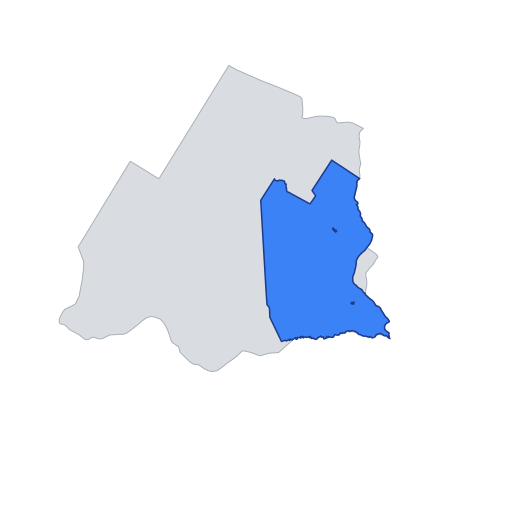 Botswana, with Central highlighted, rotated 34°
{"feature_id": "BWA-2630", "entity_name": "Central", "entity_type": "District", "adm_level": 1, "iso_a3": "BWA", "parent_name": "Botswana", "parent_adm1": "", "projection": "albers", "projection_center": [27.183, -21.474], "detail": "fine", "context": "in_parent", "style": "filled", "palette": "blue", "viewbox_px": 512, "rotation_deg": 34, "n_neighbors": 0, "source": "natural_earth", "source_scale": "10m", "svg_char_len": 7907}
<svg xmlns="http://www.w3.org/2000/svg" viewBox="0 0 512 512"><g transform="rotate(34 256 256)"><path d="M273.8,90.5L273.2,92.3L272.7,94.9L273.3,96.9L274.8,99.5L276.8,101.7L278.3,103.1L280.2,106.4L282.0,110.6L284.4,113.8L291.4,121.2L292.2,123.9L293.2,126.6L297.6,131.7L298.3,133.4L298.1,136.8L302.6,147.2L305.6,153.3L308.1,154.4L316.1,160.8L323.0,166.0L331.2,169.5L337.1,171.8L340.0,173.5L341.5,175.1L342.7,178.3L343.3,183.7L343.5,187.2L349.9,187.1L355.2,187.4L357.0,188.1L357.7,189.1L357.5,191.4L357.6,194.8L357.8,197.6L357.3,200.6L356.9,204.1L356.6,208.4L357.4,210.1L362.5,215.6L364.6,219.1L366.8,224.4L368.2,226.2L369.2,226.9L373.8,227.5L385.5,229.8L392.8,231.9L398.5,234.1L400.9,234.7L402.1,235.2L402.4,235.8L401.7,240.4L401.9,241.9L402.5,243.3L403.5,244.3L404.7,245.0L409.0,245.6L411.6,248.4L413.2,249.8L405.4,250.3L401.5,252.7L399.1,256.9L395.6,259.9L390.7,261.8L385.6,263.2L380.2,263.8L374.5,267.4L368.4,273.9L365.2,278.0L365.1,279.7L363.8,281.1L361.2,282.4L359.7,283.8L359.3,285.6L358.0,286.4L355.5,286.3L353.8,287.6L352.8,290.2L350.7,291.7L347.4,292.3L344.5,293.7L342.1,296.1L340.3,297.3L339.0,297.4L337.0,299.3L333.7,303.9L333.2,306.0L328.7,323.3L326.3,325.3L321.6,328.9L317.8,333.2L316.1,335.7L314.3,336.8L305.6,338.9L302.3,340.1L298.4,341.7L297.4,343.2L296.5,348.5L293.9,356.2L291.7,361.8L290.3,366.7L287.9,372.8L285.8,374.9L283.4,376.8L280.2,377.8L275.9,378.4L271.9,378.3L268.9,378.4L264.7,380.6L260.7,380.8L254.4,379.7L249.3,378.6L247.1,378.4L242.5,374.5L239.6,374.6L235.2,374.4L232.7,373.5L230.4,371.5L225.3,367.6L220.3,364.5L215.9,362.7L211.9,361.9L208.1,362.8L205.1,363.7L203.9,364.2L201.7,365.9L199.4,369.2L197.6,374.2L196.9,377.2L194.9,383.7L192.2,391.5L190.9,393.8L189.4,395.4L186.9,397.0L178.8,403.4L174.9,410.4L172.4,412.5L169.3,413.5L166.7,414.2L165.3,415.4L163.8,418.9L162.4,420.2L160.8,420.7L156.1,420.5L154.6,420.2L142.2,421.3L138.4,420.4L135.7,420.1L131.5,421.7L129.7,420.8L128.1,418.0L127.2,412.2L127.2,407.2L129.4,403.4L131.2,400.6L132.9,396.9L133.1,395.3L132.7,393.9L132.2,391.0L131.8,388.0L128.9,381.5L125.2,372.9L120.3,363.4L118.8,360.8L115.9,356.7L105.1,349.1L103.5,348.1L103.4,347.2L103.1,339.4L102.6,329.0L102.1,318.7L101.6,308.3L101.1,298.0L100.6,287.6L100.1,277.3L99.7,266.9L99.2,256.5L98.8,247.8L106.4,247.4L115.8,247.0L127.1,246.6L132.0,246.4L132.3,245.0L132.0,238.5L131.4,223.8L130.8,209.0L130.2,194.3L129.6,179.6L129.0,164.8L128.4,150.1L127.8,135.3L127.2,120.6L126.9,113.3L135.7,112.5L145.9,110.7L162.3,107.7L177.7,104.2L187.7,102.2L199.6,99.8L203.7,99.3L204.8,99.5L206.4,100.2L212.2,107.4L215.8,113.0L216.5,115.4L217.2,115.6L218.8,115.2L220.6,114.2L226.1,108.5L227.3,107.0L230.8,104.3L235.1,101.4L239.0,99.4L242.9,97.7L244.8,98.0L247.0,99.4L248.9,100.3L257.8,93.3L261.8,91.7L272.4,90.3L273.8,90.5Z" fill="#d9dde1" stroke="#a8b0b8" stroke-width="1"/><path d="M298.6,133.9L298.5,134.7L298.0,136.0L297.9,136.7L298.0,137.6L298.3,138.3L299.1,139.7L300.2,141.1L301.0,142.7L304.3,151.9L305.2,153.2L306.5,154.1L308.0,154.5L309.9,154.5L310.2,154.7L310.6,154.9L310.8,155.2L311.2,155.7L311.3,155.9L311.0,156.7L310.8,157.2L310.6,157.3L311.0,157.6L312.3,157.9L313.0,158.3L314.0,159.8L314.6,160.4L315.3,160.6L316.6,160.9L317.3,161.2L318.6,162.1L319.2,162.7L319.5,163.4L319.8,164.2L320.2,164.7L320.9,165.0L322.4,165.4L322.9,165.7L323.0,165.8L323.3,166.1L323.7,166.7L324.3,167.3L324.8,167.6L325.5,167.7L326.3,167.7L327.6,167.9L331.4,169.9L332.7,170.1L333.8,170.1L334.9,170.2L336.0,170.9L336.3,171.2L336.9,172.1L337.3,172.4L337.7,172.5L338.1,172.5L338.4,172.5L338.8,172.5L339.5,172.6L340.2,172.8L340.8,173.2L341.3,173.9L343.0,178.3L343.6,182.6L343.1,187.8L343.2,190.2L342.5,192.3L341.8,195.3L341.3,197.9L341.3,200.5L341.8,204.0L343.2,206.1L344.4,208.4L345.8,212.0L347.0,215.3L347.7,218.6L348.9,220.9L350.6,223.0L353.2,224.3L355.6,224.3L358.4,225.1L360.6,224.8L362.9,224.8L364.8,225.9L367.4,226.1L367.8,226.5L368.2,226.8L368.8,227.0L370.7,227.2L373.2,227.7L377.2,227.8L378.5,228.0L379.8,228.5L382.5,229.9L383.3,230.1L383.8,230.0L384.4,229.8L385.6,229.5L385.9,229.3L386.3,229.3L387.4,229.6L388.4,229.7L388.8,229.8L390.1,230.9L391.6,231.4L396.5,233.7L397.6,234.0L399.6,234.2L400.6,234.4L401.2,234.8L402.5,235.3L403.1,235.7L403.1,236.4L402.7,237.3L402.1,238.1L401.8,238.9L401.6,240.4L401.8,242.0L402.5,243.4L403.5,244.5L404.7,245.1L405.9,245.4L409.1,245.3L409.3,245.4L409.6,245.8L409.8,246.2L410.0,246.9L410.2,247.2L412.8,249.5L412.1,249.7L411.2,249.6L409.4,249.2L408.5,249.3L407.8,249.7L407.3,250.2L406.7,250.4L402.6,250.6L402.3,250.7L401.6,251.6L401.6,251.8L401.1,252.1L400.5,252.8L399.7,253.8L399.9,256.3L399.7,256.8L399.4,257.1L398.6,258.5L398.0,259.0L396.6,258.8L395.8,258.8L395.5,259.3L395.3,260.0L394.8,260.3L394.1,260.5L393.4,260.6L391.9,261.1L389.5,262.4L388.3,262.8L387.4,262.8L386.8,262.7L386.2,262.8L385.5,263.4L384.9,263.6L382.8,263.0L380.1,263.2L378.8,263.5L377.6,264.2L377.1,264.6L375.8,266.1L375.5,266.3L374.7,266.3L374.3,266.4L374.0,266.6L373.0,268.0L372.8,268.3L372.7,268.8L372.8,269.2L372.9,269.5L372.9,269.8L372.6,270.3L372.3,270.5L372.0,270.7L371.6,270.7L371.4,270.9L371.2,271.1L371.0,271.6L370.9,271.9L370.4,272.1L369.6,272.3L369.0,272.6L368.9,273.0L369.2,273.7L369.1,274.6L368.7,275.3L368.1,275.8L367.7,276.1L367.1,276.4L366.4,276.7L365.7,276.8L365.3,277.2L365.3,278.0L365.6,279.5L365.1,280.5L363.9,281.3L362.5,281.9L361.3,282.2L361.5,282.9L360.9,283.1L360.2,283.0L359.9,283.0L359.9,283.5L360.0,283.8L360.1,284.0L360.3,284.2L360.4,284.4L360.2,284.4L360.2,284.5L359.9,284.7L359.4,286.1L359.2,286.4L358.7,286.7L358.2,286.5L357.3,285.4L356.0,286.5L355.6,286.7L355.2,286.5L354.7,286.3L354.3,286.3L354.0,287.3L353.4,288.0L353.3,288.5L353.2,288.7L353.2,288.9L353.1,289.1L352.9,289.1L352.9,289.5L353.0,289.8L353.0,290.0L352.9,290.8L352.4,291.5L351.7,291.9L351.0,292.1L349.6,292.2L349.2,292.3L348.8,292.7L348.6,293.1L348.2,293.3L347.8,293.1L348.0,292.6L347.8,292.5L347.3,292.7L346.9,292.9L346.8,293.1L346.5,293.5L346.1,293.7L345.8,292.6L345.3,293.0L344.5,294.2L343.9,294.7L343.4,295.2L342.1,295.8L340.9,296.2L340.5,296.6L341.0,297.3L340.6,297.5L340.3,297.5L340.1,297.3L339.8,297.0L339.7,297.3L339.5,297.6L339.4,297.8L339.1,297.5L338.7,297.3L338.4,297.4L338.2,297.7L338.4,298.1L338.6,298.4L338.8,298.6L338.7,299.0L338.3,298.8L337.9,298.8L337.6,299.1L337.3,299.5L337.5,299.5L336.9,300.0L336.7,300.2L336.6,300.5L336.4,300.4L336.2,300.3L336.2,301.0L336.4,301.6L336.5,302.1L336.0,302.5L335.4,302.5L335.1,302.1L334.9,301.6L334.6,301.5L334.3,301.8L333.7,303.2L333.1,304.4L332.9,305.1L333.0,305.4L332.8,305.5L332.2,305.5L331.7,305.9L331.0,307.0L330.9,306.8L330.6,306.4L330.5,306.2L330.2,306.9L329.9,307.4L329.2,308.5L328.8,309.3L328.7,309.4L328.5,309.5L327.8,309.4L327.6,309.4L326.7,310.3L325.2,312.2L325.1,312.5L324.9,312.6L301.7,299.0L297.1,292.7L295.6,291.2L292.7,290.3L292.3,290.1L292.0,289.8L282.1,277.0L228.8,207.2L228.2,182.5L228.3,181.8L229.2,182.3L229.6,182.5L230.0,182.4L232.1,181.8L232.2,181.6L232.2,181.4L232.1,181.2L232.9,180.1L233.1,179.9L233.4,179.8L233.8,179.7L234.2,179.5L234.8,178.9L235.1,178.7L236.4,178.5L236.9,178.3L237.2,178.1L237.5,178.1L238.0,178.3L238.4,178.6L239.3,179.6L240.0,179.8L240.4,179.6L240.9,179.6L241.8,181.4L242.3,181.9L243.6,183.0L244.6,184.4L245.2,185.0L246.0,185.3L246.6,185.2L247.8,184.8L248.6,184.7L249.1,184.8L249.4,184.8L271.1,182.7L271.5,182.6L271.6,182.2L271.7,181.8L271.8,173.4L271.8,173.0L271.6,172.7L265.9,170.4L265.8,170.2L265.2,134.2L265.5,134.2L298.6,133.9L298.6,133.9ZM306.8,190.2L305.0,189.8L304.4,189.7L304.2,190.5L305.1,191.0L306.9,191.5L308.7,191.6L308.8,190.2L308.1,189.9L307.3,190.1L306.8,190.2ZM362.4,242.1L362.6,242.0L362.9,241.8L363.4,241.7L363.5,241.4L363.5,241.0L363.7,240.9L363.6,240.7L363.3,240.5L363.3,240.2L363.4,239.9L363.3,239.6L363.1,239.4L362.8,239.5L362.6,239.9L362.6,240.1L362.3,240.4L362.3,240.7L362.0,240.9L361.8,240.9L361.5,240.8L361.2,241.0L361.2,241.3L361.3,241.5L361.2,241.7L361.2,242.0L361.6,242.1L361.9,241.9L362.1,241.9L362.4,242.1Z" fill="#3b82f6" stroke="#1e3a8a" stroke-width="1.5"/></g></svg>